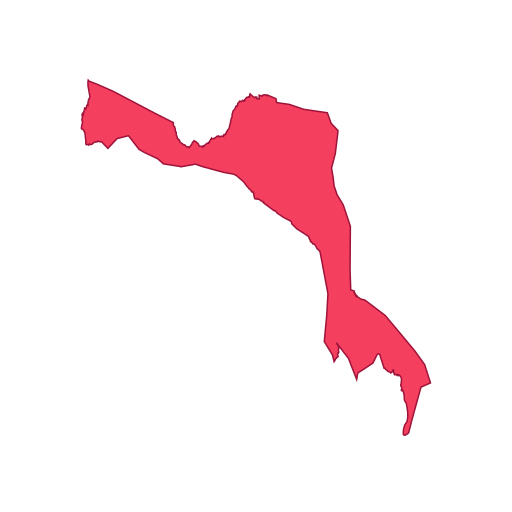 Sør-Fron nor, Oppland, Norway, rotated 260°
{"feature_id": "86288312B86605767458860", "entity_name": "Sør-Fron nor", "entity_type": "district", "adm_level": 2, "iso_a3": "NOR", "parent_name": "Norway", "parent_adm1": "Oppland", "projection": "equal_earth", "projection_center": [9.78, 61.603], "detail": "fine", "context": "isolated", "style": "filled", "palette": "rose", "viewbox_px": 512, "rotation_deg": 260, "n_neighbors": 0, "source": "geoboundaries", "source_scale": "gbopen_adm2", "svg_char_len": 6053}
<svg xmlns="http://www.w3.org/2000/svg" viewBox="0 0 512 512"><g transform="rotate(260 256 256)"><path d="M365.3,358.5L373.5,353.1L384.7,351.1L392.2,328.4L399.5,315.2L403.5,303.0L407.5,303.0L412.5,295.2L411.9,295.2L411.9,294.7L412.8,293.5L413.0,293.2L412.9,293.0L413.4,292.2L413.4,291.5L413.0,290.3L413.0,290.0L412.4,290.0L412.4,289.6L412.7,289.2L412.9,288.4L413.5,287.7L413.8,287.0L410.2,286.5L410.6,284.3L412.2,284.4L412.2,284.0L412.8,283.5L412.5,283.1L412.3,282.4L412.3,282.1L412.7,281.6L414.9,279.6L416.7,278.4L416.1,278.1L416.0,277.8L414.8,277.7L413.6,277.1L413.7,276.7L414.2,276.3L413.8,275.5L413.9,275.4L413.7,274.0L412.4,273.0L412.2,272.6L411.9,272.4L411.9,271.9L410.6,271.6L410.6,270.8L411.6,270.0L411.5,269.5L410.5,268.2L411.3,267.1L411.4,266.8L410.7,266.3L410.6,266.0L410.1,265.6L409.7,264.7L407.0,263.7L407.3,263.2L406.8,262.7L406.9,262.2L405.8,261.6L403.6,259.9L403.1,258.9L402.7,258.6L399.7,257.1L397.6,256.7L394.9,255.2L392.3,254.1L391.7,254.1L390.8,253.5L386.5,251.7L385.6,250.9L385.0,249.9L383.7,249.1L383.5,248.5L382.4,248.3L382.2,248.0L382.0,247.4L380.8,246.9L380.8,246.3L381.2,245.7L380.6,245.1L380.5,244.8L379.4,244.7L379.7,244.1L379.7,243.5L380.0,242.5L379.8,242.1L379.9,241.4L379.7,241.0L380.0,240.6L380.8,240.0L380.3,239.3L380.6,238.9L380.7,238.2L379.5,236.7L379.6,236.4L379.3,236.1L379.2,235.0L378.9,234.6L378.9,234.3L379.0,234.0L378.9,233.6L379.1,233.0L379.8,232.7L378.9,232.0L377.1,230.3L375.7,229.5L376.0,228.9L375.2,228.6L375.4,228.2L375.3,227.7L375.5,227.4L375.2,226.7L374.9,226.4L374.1,224.8L373.2,224.2L373.7,223.5L373.6,223.0L372.6,222.6L372.5,222.3L373.5,221.7L373.4,221.2L374.0,219.3L374.3,219.1L376.1,218.8L376.7,218.5L378.2,217.3L378.5,216.7L379.3,216.6L379.7,215.4L380.3,215.0L380.1,214.6L379.3,213.9L379.2,213.6L378.9,213.2L377.2,212.1L375.8,210.5L375.1,210.1L375.0,209.4L374.4,208.9L375.1,208.4L375.2,207.7L375.6,207.6L375.6,207.0L375.9,206.3L376.6,205.8L377.3,205.5L377.7,205.3L377.7,204.9L378.1,204.4L378.1,203.8L378.5,203.5L379.2,203.2L379.4,202.8L379.8,202.6L379.9,202.2L380.3,201.8L382.1,200.8L383.3,200.7L383.2,200.4L383.3,200.2L384.8,199.7L384.9,199.3L385.6,199.0L386.1,198.9L386.6,199.1L387.0,198.9L387.7,198.9L387.9,198.6L388.6,198.7L389.4,198.5L391.5,198.9L392.4,198.6L393.0,198.3L395.7,198.5L396.3,198.3L397.1,198.4L397.8,198.0L398.1,197.5L398.3,197.5L399.9,197.4L401.7,197.8L414.3,181.0L442.8,144.2L452.9,129.1L457.1,122.1L458.3,121.3L456.5,120.7L452.7,120.1L441.8,120.1L440.9,119.8L439.1,118.3L438.4,118.0L435.4,116.9L434.8,116.9L434.3,116.8L434.5,116.7L434.1,116.0L433.7,115.8L433.6,115.5L433.5,115.4L432.4,115.1L431.6,114.7L431.3,114.3L430.3,113.9L430.7,113.5L431.5,113.3L431.6,113.2L431.5,112.9L429.3,112.3L427.6,111.1L426.0,110.8L425.3,110.4L426.7,110.1L426.7,109.9L426.3,109.7L424.8,109.1L423.2,109.2L421.9,108.9L421.1,108.4L420.5,108.2L419.4,108.2L418.7,108.5L416.9,108.0L414.1,106.8L412.1,106.2L411.5,106.3L410.7,107.7L407.1,108.9L399.1,108.4L395.8,107.8L395.1,108.4L394.9,108.8L395.1,109.1L395.1,109.5L394.8,110.2L394.3,110.5L394.8,111.0L395.2,111.1L395.2,111.3L394.4,112.2L394.4,112.6L394.6,113.0L394.5,113.5L395.0,114.8L395.9,115.9L396.1,116.5L396.0,117.1L396.3,117.6L395.9,119.1L396.0,119.4L396.7,120.1L396.3,120.6L396.3,120.9L395.9,121.4L395.4,122.6L395.7,123.5L387.7,128.8L395.8,139.7L396.6,151.3L381.2,159.4L377.1,164.4L368.8,176.1L362.8,180.8L357.2,197.2L357.0,197.6L356.9,197.6L356.9,209.3L357.1,212.0L352.5,220.4L351.0,223.9L349.7,226.4L343.9,238.9L340.4,248.3L338.3,251.0L330.9,256.9L326.7,258.9L325.5,259.6L325.0,260.1L323.4,260.8L322.8,261.6L321.5,262.3L320.1,262.9L320.0,263.3L319.6,263.3L319.4,264.5L314.4,264.5L313.3,264.6L312.5,264.9L311.8,267.1L312.1,267.3L311.8,267.4L310.9,269.4L310.1,270.0L309.7,270.1L309.4,270.7L309.3,271.2L309.1,271.5L308.1,272.0L307.9,272.9L307.8,273.0L307.0,272.8L306.9,273.2L306.2,273.4L303.9,275.6L303.9,275.8L303.7,276.0L303.2,276.2L297.3,281.8L297.5,282.2L297.4,282.6L296.4,283.4L294.8,284.1L289.3,289.7L284.2,296.4L283.2,296.8L281.5,296.8L275.8,300.8L266.0,311.3L264.2,311.4L263.7,311.7L263.0,311.7L262.3,312.1L261.2,312.1L260.9,312.5L260.5,312.4L259.9,313.2L259.5,313.3L259.1,313.7L258.1,313.9L257.8,315.4L257.2,315.6L255.6,316.6L253.4,317.2L252.2,317.7L252.0,318.2L251.3,318.4L250.5,319.1L249.9,319.3L249.5,319.6L248.9,319.8L206.4,320.3L185.5,315.4L159.9,308.4L145.3,314.1L138.4,314.6L139.5,315.6L141.0,316.6L141.1,317.0L142.4,318.7L142.4,319.1L143.0,319.5L143.4,319.5L144.3,319.1L145.0,319.2L145.8,319.8L146.5,320.0L146.5,320.3L146.3,320.5L147.0,320.9L147.9,320.9L148.4,320.7L148.7,320.7L149.4,320.9L149.8,321.3L151.7,321.5L152.3,321.8L153.4,321.4L154.2,320.8L155.5,320.5L155.9,320.6L155.7,320.8L155.3,320.8L139.1,329.3L116.9,333.7L122.0,335.5L123.3,336.3L125.9,342.7L130.3,352.6L137.8,358.1L138.4,359.8L137.9,360.7L123.5,362.6L123.6,362.9L123.5,363.1L122.5,363.5L121.2,364.5L120.8,365.2L119.8,365.5L119.6,365.8L118.3,367.7L117.4,368.5L117.5,368.8L118.2,369.7L118.2,369.9L118.8,370.6L119.6,370.9L119.7,371.1L120.1,371.4L120.0,371.5L119.2,371.6L118.7,371.4L117.9,371.5L117.3,371.3L115.0,371.8L114.9,372.4L115.1,373.5L114.4,373.8L114.8,374.3L114.8,374.6L113.9,374.8L113.4,375.1L114.2,376.1L113.4,376.8L111.2,377.8L110.0,378.0L107.0,377.3L104.8,376.6L104.0,376.1L102.9,376.1L101.4,376.6L100.3,376.7L99.7,376.5L99.4,376.0L98.4,375.8L98.1,375.9L98.0,376.1L98.0,376.4L97.8,376.8L98.0,377.1L98.0,377.3L96.2,377.6L93.1,377.7L89.4,377.2L88.0,377.2L86.2,377.8L85.3,378.3L84.5,378.4L81.5,378.5L75.3,378.2L71.1,377.5L68.1,376.5L66.4,375.7L64.5,373.8L63.3,372.9L59.7,371.2L57.1,370.5L55.0,370.1L54.4,370.3L54.0,370.5L53.7,371.0L53.7,371.6L54.0,373.0L55.3,375.6L66.5,380.6L98.2,395.7L100.7,405.8L119.8,403.2L135.0,395.9L174.9,373.0L193.7,355.6L195.6,351.4L196.2,351.0L198.0,349.1L199.7,348.2L198.7,347.6L200.0,347.0L201.0,347.0L201.4,347.2L202.4,347.0L202.6,346.7L202.4,346.6L202.5,346.4L203.8,346.5L204.3,346.7L204.7,346.3L206.1,343.4L208.2,343.7L208.4,343.6L208.8,343.8L225.9,346.2L268.8,354.1L291.1,350.8L302.3,346.5L311.3,345.1L320.1,345.6L329.6,345.7L343.1,351.9L362.9,357.9L365.3,358.5Z" fill="#f43f5e" stroke="#9f1239" stroke-width="1.5"/></g></svg>